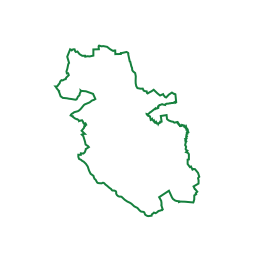 Aiviekstes pag., Plavinu, Latvia (Albers equal-area conic projection), rotated 61°
{"feature_id": "27541924B44380284961438", "entity_name": "Aiviekstes pag.", "entity_type": "district", "adm_level": 2, "iso_a3": "LVA", "parent_name": "Latvia", "parent_adm1": "Plavinu", "projection": "albers", "projection_center": [25.79, 56.661], "detail": "fine", "context": "isolated", "style": "outline", "palette": "green", "viewbox_px": 256, "rotation_deg": 61, "n_neighbors": 0, "source": "geoboundaries", "source_scale": "gbopen_adm2", "svg_char_len": 5654}
<svg xmlns="http://www.w3.org/2000/svg" viewBox="0 0 256 256"><g transform="rotate(61 128 128)"><path d="M42.3,114.1L45.0,115.3L42.5,120.2L47.9,123.2L46.8,126.9L45.6,128.6L44.9,130.8L44.0,130.5L42.7,133.0L39.9,134.6L36.6,135.1L36.2,136.8L35.3,137.0L33.3,136.6L32.6,137.9L32.8,139.6L31.9,139.8L31.7,140.3L31.2,140.5L36.2,146.6L42.5,148.0L43.2,149.3L46.7,152.3L48.7,154.4L50.6,155.0L51.0,153.9L51.8,153.9L53.1,154.2L54.0,157.7L54.7,158.3L55.1,158.8L54.7,159.6L54.7,162.1L53.9,163.0L54.4,164.6L55.0,165.4L55.7,166.1L56.1,166.9L56.1,167.4L56.6,168.1L56.7,168.7L57.2,169.4L57.1,170.2L56.5,171.3L57.6,171.1L57.8,171.0L58.5,171.2L61.5,170.6L62.5,170.8L62.6,170.5L63.1,170.8L67.7,171.6L68.2,171.2L70.0,170.5L72.4,167.0L73.8,165.4L75.1,163.6L77.5,160.6L77.9,160.0L77.8,159.7L78.0,159.1L77.8,158.6L76.6,157.0L76.2,156.3L76.0,155.0L75.7,154.4L74.5,153.6L73.1,151.5L72.3,151.2L72.8,151.0L75.5,147.0L81.2,142.0L86.8,142.5L86.9,143.9L86.5,146.2L86.9,148.6L87.0,149.2L86.4,154.6L86.6,155.6L88.3,159.8L88.7,161.2L89.0,162.8L89.0,163.7L88.1,167.4L88.3,168.6L88.4,170.4L88.7,171.4L89.2,172.1L90.9,170.7L91.1,171.0L94.0,169.7L95.7,168.4L95.8,168.0L97.5,167.3L98.1,167.4L98.2,167.0L98.3,167.1L98.5,166.1L98.8,165.2L98.9,164.5L100.5,164.3L101.8,164.6L102.7,164.5L103.4,164.3L103.6,163.7L103.0,163.6L103.1,163.0L103.4,162.9L104.9,163.0L104.9,163.7L105.5,164.5L105.0,165.0L105.3,165.5L106.5,166.3L107.9,169.9L112.2,168.6L111.5,170.0L111.4,171.6L113.5,171.0L113.8,171.1L119.0,172.2L121.9,173.1L124.6,171.7L125.7,171.5L125.9,173.7L125.9,175.1L126.3,175.3L127.9,177.1L128.3,177.7L128.7,179.3L128.7,179.5L127.3,181.5L128.6,182.3L127.3,184.4L129.1,185.4L131.3,185.8L133.1,184.5L134.6,184.0L135.9,183.1L138.9,182.2L142.2,181.9L146.3,182.7L149.9,182.9L153.1,181.4L154.7,181.8L156.4,181.9L157.5,181.4L160.7,181.4L161.6,180.9L162.6,179.5L163.6,177.9L163.7,176.5L164.2,175.9L164.9,175.5L166.4,175.2L168.4,174.3L171.5,173.2L173.0,172.4L174.7,172.2L175.4,171.6L175.8,170.7L176.3,170.1L177.5,169.3L178.4,169.4L179.3,170.0L179.8,170.2L181.3,170.2L182.9,169.6L183.8,168.8L184.4,167.7L185.0,167.0L189.1,165.7L192.1,164.2L194.1,162.7L195.9,161.7L199.6,160.5L202.5,158.5L205.4,157.9L207.1,157.3L207.6,156.9L208.5,155.6L209.1,154.9L209.9,154.7L211.9,155.0L212.6,154.8L214.2,153.8L214.9,153.0L216.1,149.9L215.8,149.7L215.0,148.6L214.8,146.7L214.6,146.3L215.9,145.1L215.8,143.6L215.7,142.7L215.4,141.9L215.5,141.0L215.6,140.8L215.9,139.8L216.0,138.7L216.3,138.1L215.9,137.8L216.0,137.1L211.8,136.3L211.8,136.1L209.7,135.0L207.8,134.3L203.6,134.3L202.7,122.6L210.0,123.2L211.8,123.1L214.2,122.0L215.4,120.9L216.9,118.8L217.5,119.2L217.9,117.6L220.1,113.9L224.8,107.0L224.5,106.6L222.6,104.7L219.1,102.7L219.0,100.5L217.9,100.4L217.3,98.3L214.0,98.9L213.8,99.2L210.9,99.0L210.8,93.3L210.2,92.9L208.1,91.7L206.0,91.1L205.6,90.7L205.2,89.3L201.2,88.5L196.4,89.4L195.4,90.9L195.4,91.1L195.7,91.3L195.7,91.8L192.2,91.6L192.2,92.8L188.4,93.3L184.6,91.2L185.0,90.0L180.5,87.5L179.5,87.5L178.4,87.9L177.3,88.9L176.7,87.3L176.8,87.2L176.7,87.0L175.3,87.8L174.3,87.8L172.7,86.3L171.7,86.2L171.0,86.4L170.5,86.2L168.8,84.6L168.5,84.5L168.0,83.4L167.4,83.5L167.5,83.8L167.0,84.1L166.6,83.8L166.5,83.4L165.5,83.3L165.9,82.5L165.5,81.8L165.0,81.9L164.6,81.6L164.0,81.6L163.7,81.0L163.8,80.6L162.9,80.6L162.7,80.2L161.8,79.9L161.7,79.6L161.8,79.0L161.8,78.8L160.5,78.7L160.5,78.4L160.8,77.6L160.2,77.7L160.2,77.3L159.5,77.4L159.4,77.0L159.0,76.7L158.5,77.3L158.3,77.4L157.7,76.9L157.5,77.4L157.1,76.9L156.5,77.3L156.4,76.9L156.1,76.9L155.9,76.7L155.7,76.7L155.5,77.2L155.0,76.9L155.1,77.2L154.8,77.2L154.6,77.7L154.3,77.6L154.1,77.9L153.9,77.6L153.6,77.5L153.6,77.9L153.2,77.9L153.1,78.1L152.7,78.1L152.5,78.7L152.0,78.8L151.9,78.9L152.3,79.0L152.1,79.5L152.1,80.0L151.5,80.3L151.5,80.5L151.9,80.9L151.8,81.2L151.6,81.5L151.2,81.2L150.7,81.2L150.5,81.5L149.7,81.4L149.6,81.5L149.7,81.9L149.2,82.0L149.0,81.6L148.8,81.6L148.7,81.8L148.3,81.8L148.1,82.1L147.9,82.2L147.7,82.0L147.6,81.7L147.1,81.6L146.7,81.8L145.8,84.9L144.4,85.5L143.3,86.9L141.3,88.6L139.4,89.5L139.0,89.5L135.4,88.0L133.4,93.5L138.7,95.5L138.5,96.4L138.2,96.8L138.4,96.9L138.7,97.3L138.9,97.3L138.9,97.6L138.6,97.7L138.6,97.9L138.8,98.2L138.8,99.0L139.2,99.6L138.7,99.5L138.4,99.6L138.3,100.2L138.0,100.6L137.0,100.5L137.3,100.9L137.0,101.0L136.9,101.3L136.6,101.4L136.3,101.1L136.2,101.4L136.0,101.2L135.7,101.3L135.6,101.6L135.6,102.0L135.3,102.1L135.2,101.8L135.0,101.7L134.8,101.6L134.7,101.6L134.9,101.8L134.4,101.8L134.0,102.3L133.3,102.3L132.7,102.7L132.4,102.9L132.4,103.2L132.2,103.4L132.1,102.9L131.8,102.7L131.9,104.1L128.6,103.2L128.2,103.3L127.1,104.5L125.1,105.0L124.8,104.9L125.7,104.0L125.4,102.2L125.0,101.5L125.1,100.7L125.0,100.0L124.1,94.3L124.6,94.3L124.5,94.0L124.7,93.7L125.0,93.1L124.9,92.2L125.1,91.8L124.8,91.6L124.4,91.8L124.2,91.6L124.0,91.0L123.6,91.0L123.2,89.4L123.4,89.2L123.7,86.6L124.4,86.1L125.5,84.8L125.4,84.8L125.5,84.3L125.4,82.7L125.5,82.6L125.7,82.0L126.5,80.3L126.5,79.9L126.7,79.2L127.0,78.9L127.2,77.9L127.5,77.4L128.0,76.4L127.9,74.4L128.9,74.5L128.9,73.4L121.5,70.2L120.8,70.6L120.6,71.2L118.3,72.4L118.6,76.1L119.8,79.8L119.0,80.5L116.3,81.0L115.4,80.9L115.1,84.2L111.9,85.5L107.0,87.0L107.3,89.7L107.2,91.2L107.3,94.1L106.7,94.4L105.0,93.9L104.2,95.1L102.9,96.2L100.7,96.0L99.7,98.0L97.7,100.4L95.4,100.5L92.6,99.6L90.3,98.4L86.5,96.1L83.4,95.1L81.2,96.0L80.3,96.2L79.4,96.2L77.3,95.3L75.8,95.2L71.1,93.9L70.6,94.2L63.7,92.1L62.8,91.5L62.3,91.5L60.8,92.4L59.4,97.2L59.0,97.9L59.8,98.4L57.3,103.1L58.0,103.4L57.5,103.4L54.0,101.6L53.5,102.5L53.4,103.6L52.9,104.0L50.1,105.6L46.9,106.9L44.4,109.9L43.7,111.6L42.0,113.2L41.9,113.5L42.3,114.1Z" fill="none" stroke="#15803d" stroke-width="2"/></g></svg>